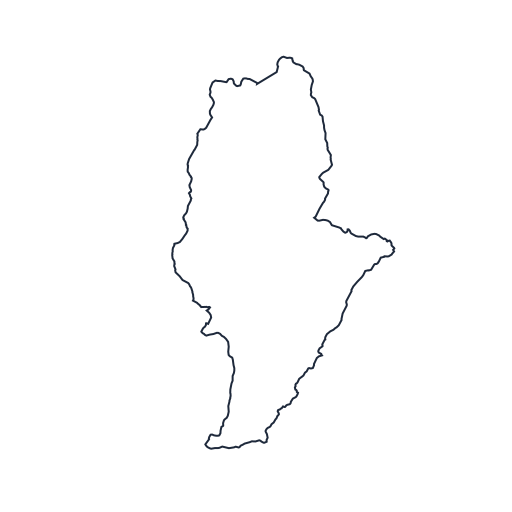 Leon Cortes Castro, San José, Costa Rica, rotated 118°
{"feature_id": "36466004B70383874576114", "entity_name": "Leon Cortes Castro", "entity_type": "district", "adm_level": 2, "iso_a3": "CRI", "parent_name": "Costa Rica", "parent_adm1": "San José", "projection": "mercator", "projection_center": [-84.068, 9.694], "detail": "fine", "context": "isolated", "style": "outline", "palette": "slate", "viewbox_px": 512, "rotation_deg": 118, "n_neighbors": 0, "source": "geoboundaries", "source_scale": "gbopen_adm2", "svg_char_len": 6113}
<svg xmlns="http://www.w3.org/2000/svg" viewBox="0 0 512 512"><g transform="rotate(118 256 256)"><path d="M417.0,161.0L415.0,159.4L413.4,160.3L411.0,160.4L408.1,162.8L406.5,165.1L405.6,165.5L403.6,165.4L402.2,164.9L400.6,163.7L399.6,163.3L397.2,163.3L394.7,162.2L391.0,162.1L389.9,161.7L387.2,162.0L386.2,161.6L384.9,161.5L384.1,162.2L383.0,163.9L381.9,164.2L381.3,163.9L380.5,163.0L379.0,162.4L378.5,161.9L376.1,161.5L376.0,160.1L375.5,159.4L373.6,159.1L372.7,158.5L371.1,156.7L370.3,156.4L369.3,156.4L368.4,156.8L364.6,156.5L362.0,154.7L361.0,154.4L358.5,154.4L357.0,154.7L356.9,156.1L355.7,156.9L355.4,157.7L355.5,158.4L355.1,158.9L353.7,160.0L352.4,159.9L351.3,160.7L350.0,160.8L349.4,160.3L348.2,160.0L344.1,160.2L339.3,158.0L336.0,158.0L334.1,157.1L330.8,157.1L330.0,156.5L329.8,155.3L329.1,154.1L328.2,153.2L325.1,153.5L324.2,154.1L317.5,154.4L315.1,153.4L312.8,151.1L312.2,152.3L311.8,152.5L311.8,155.3L310.9,156.3L310.0,156.5L307.7,156.5L304.5,154.9L303.5,155.4L303.3,155.8L302.5,156.0L297.8,156.0L297.2,155.6L296.3,156.3L295.0,156.7L291.7,156.7L287.6,155.0L284.8,153.0L282.3,152.1L281.3,151.4L278.3,150.4L272.3,150.4L271.6,150.9L266.1,152.5L257.3,152.6L256.1,153.1L254.6,154.6L253.4,155.1L242.2,155.1L241.3,155.8L237.2,155.8L231.3,154.5L224.7,152.6L222.5,152.3L217.9,152.5L215.9,150.2L215.9,149.7L214.1,147.9L208.1,147.6L207.3,147.2L206.4,145.8L205.2,145.1L203.8,145.1L203.5,144.9L198.9,145.1L196.6,142.5L196.1,142.5L196.1,142.1L195.7,141.9L195.0,140.4L194.9,140.0L194.0,138.7L191.0,136.9L190.1,136.9L187.2,136.2L186.2,137.8L184.4,137.4L184.0,137.9L183.2,140.9L182.7,141.6L181.8,141.9L180.7,142.9L179.6,145.2L180.5,146.2L181.5,146.8L181.5,147.5L180.6,147.9L180.2,150.0L180.2,150.5L181.1,151.2L180.6,155.4L180.1,156.9L180.2,160.2L180.8,161.8L182.9,164.4L186.2,166.5L187.7,166.5L188.6,167.1L188.4,168.4L188.5,170.4L190.9,174.9L191.5,177.2L191.4,182.3L191.1,183.3L189.6,185.1L189.0,186.8L189.5,187.6L191.1,186.9L192.0,187.0L193.4,187.9L193.6,188.3L193.4,190.3L192.2,193.4L191.7,193.9L191.8,196.0L193.2,203.5L191.3,206.6L191.1,209.2L191.6,211.4L192.6,213.8L195.1,216.7L195.8,218.2L194.9,222.6L193.3,221.8L184.4,222.1L177.6,221.8L176.2,221.4L173.9,221.4L172.9,222.0L167.0,221.8L165.2,222.6L164.3,222.6L163.5,223.2L163.5,226.2L162.8,228.3L161.0,230.0L159.5,230.7L159.1,231.2L157.9,235.8L157.1,236.9L156.6,237.2L152.6,236.4L150.9,235.8L146.0,232.6L141.0,231.7L139.8,231.7L135.8,235.4L135.2,235.5L134.0,236.4L131.7,237.3L128.6,242.6L127.6,243.3L126.8,243.4L125.7,244.5L122.8,246.2L120.4,249.6L114.8,252.3L112.7,254.6L110.8,256.1L108.8,257.2L105.6,260.1L101.7,262.7L101.1,263.9L101.1,265.7L98.2,268.9L97.4,269.0L95.2,270.7L89.7,277.4L89.3,278.7L89.4,280.9L88.2,283.1L87.1,283.6L85.5,284.0L83.3,285.7L78.8,287.1L75.1,287.7L73.8,288.6L72.9,289.5L71.6,292.1L69.8,294.4L69.5,300.9L69.0,301.4L68.5,301.6L67.6,302.3L66.8,303.8L66.8,307.6L67.4,310.0L67.7,310.4L67.5,313.9L66.6,315.2L66.1,315.3L65.6,316.1L64.5,316.8L64.6,317.9L65.0,319.2L66.6,321.6L67.1,325.2L68.4,326.5L70.7,327.5L72.1,327.8L74.8,327.8L76.8,327.2L78.3,325.8L78.3,325.5L83.9,324.1L103.5,335.8L102.8,336.0L102.7,336.3L102.7,344.7L103.5,346.4L103.8,348.0L104.7,349.7L105.4,350.5L109.0,350.8L111.4,350.1L112.8,350.0L114.8,352.3L115.0,353.2L114.2,356.1L113.7,356.8L112.3,357.7L111.0,359.5L111.0,360.4L111.3,361.5L112.7,363.2L116.3,363.6L116.5,363.9L118.1,369.2L119.5,372.1L120.1,374.2L123.2,375.8L129.4,375.2L130.6,374.8L132.0,373.5L133.1,372.9L135.3,372.6L136.8,370.9L137.1,369.5L138.2,367.6L139.9,365.4L140.7,365.0L142.5,364.6L145.4,364.6L147.3,364.9L149.7,364.8L151.8,363.6L152.7,362.7L154.3,359.8L156.9,360.1L166.2,360.2L168.1,361.0L169.1,361.9L170.2,364.6L175.6,365.2L176.1,364.6L176.8,364.1L178.6,363.6L180.3,362.5L180.8,362.4L181.3,361.8L183.0,361.3L185.5,360.1L191.1,360.1L191.4,360.3L201.7,360.6L206.2,359.8L207.3,359.4L208.0,358.5L208.5,358.5L209.1,357.9L212.1,356.8L213.6,355.9L214.4,354.2L215.5,352.9L216.4,350.7L216.8,350.6L217.1,349.7L218.0,349.0L220.5,348.3L224.7,348.1L225.3,347.5L226.1,347.1L228.3,344.2L229.2,343.8L230.1,343.8L230.7,344.4L232.0,344.7L232.9,343.2L234.3,342.0L235.5,340.1L236.5,340.1L237.7,339.6L243.8,339.6L246.2,338.6L249.3,337.8L251.2,337.8L253.7,338.5L256.0,338.4L256.7,337.5L257.2,337.5L257.2,337.1L257.9,336.5L259.3,334.0L260.9,332.8L261.1,332.4L261.6,332.4L262.2,331.4L263.0,331.0L263.9,329.6L263.9,329.2L265.8,328.3L269.0,328.2L271.3,328.6L275.4,329.0L279.4,329.8L281.4,331.3L283.5,333.8L283.9,333.8L284.4,333.3L285.1,333.1L287.9,333.1L290.0,332.4L290.8,331.8L292.9,331.2L293.9,330.5L294.4,330.5L297.3,328.5L299.1,325.5L301.0,324.4L301.2,324.0L302.1,324.0L303.3,323.5L305.6,320.8L306.5,320.7L308.2,319.3L309.7,313.9L311.7,309.6L311.7,303.1L312.4,301.6L313.8,299.9L314.0,299.1L314.7,298.1L317.3,295.4L317.7,295.3L319.8,293.3L321.2,292.5L322.6,291.3L324.0,290.7L325.0,290.7L325.0,286.0L325.3,285.3L325.9,282.3L326.4,281.6L326.5,280.7L326.8,280.4L324.1,275.7L324.1,274.8L323.2,273.8L322.9,273.3L323.0,272.5L325.6,272.9L327.3,273.9L328.1,270.7L329.4,268.3L331.4,266.7L338.4,266.4L338.6,268.1L338.9,268.5L340.6,267.8L342.4,267.9L343.9,268.6L345.1,268.8L348.4,268.8L348.7,268.4L349.2,266.7L349.2,265.2L349.6,264.3L349.6,262.5L347.1,259.9L344.9,257.0L342.2,254.5L341.6,253.2L341.6,251.1L342.5,248.7L342.5,246.3L343.3,243.5L344.9,240.3L348.9,237.5L353.5,235.6L356.2,233.7L356.8,232.1L356.9,229.3L358.4,227.8L362.9,224.6L365.2,222.5L367.5,221.3L369.7,220.6L372.9,220.3L377.1,218.1L380.0,217.8L385.9,216.0L389.1,214.4L389.5,213.9L391.5,212.7L393.1,212.3L393.4,212.0L396.2,211.5L397.0,211.1L401.5,210.0L406.3,207.0L410.3,205.9L412.7,205.9L413.9,206.5L415.5,207.1L416.4,207.1L419.0,206.6L421.2,205.3L421.7,205.4L423.1,206.3L426.8,205.3L429.2,204.2L431.6,204.2L432.5,205.1L433.4,206.8L434.1,209.0L434.2,210.7L434.8,211.9L435.2,212.2L437.8,212.3L439.2,212.0L439.8,211.4L446.1,212.3L446.8,211.2L447.5,209.2L447.5,206.7L447.2,205.1L444.8,202.0L443.3,199.2L442.5,198.2L440.1,196.3L438.4,189.7L435.3,185.6L433.9,184.4L433.2,181.4L432.5,180.8L430.7,180.5L428.7,179.0L427.0,178.0L423.3,174.1L421.6,172.7L420.0,169.4L417.2,166.6L417.0,165.2L417.3,164.2L417.3,161.7L417.0,161.0Z" fill="none" stroke="#1e293b" stroke-width="2"/></g></svg>